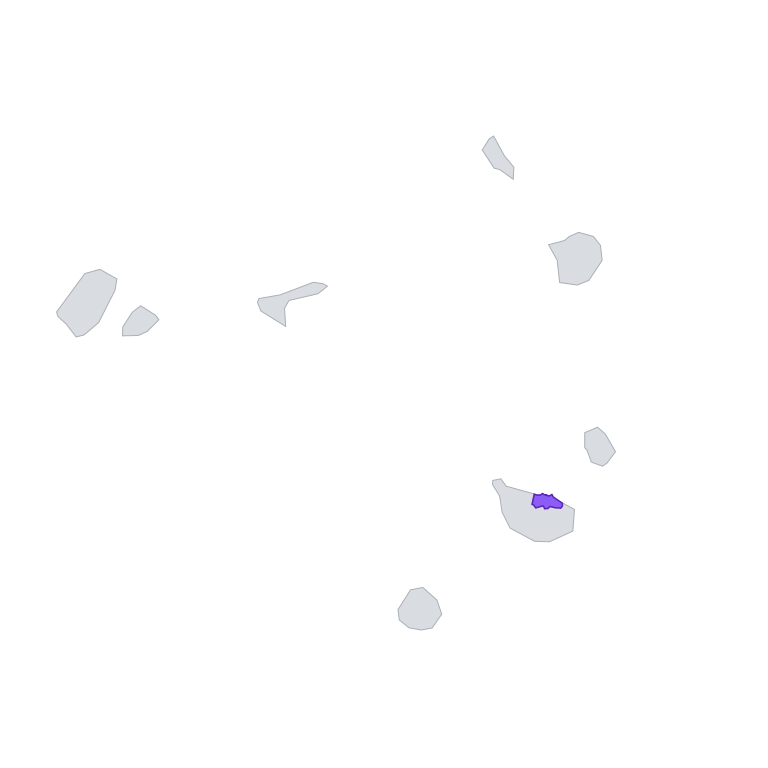 location of Santa Cruz within Cabo Verde, rotated 332°
{"feature_id": "CPV-5048", "entity_name": "Santa Cruz", "entity_type": "state/province", "adm_level": 1, "iso_a3": "CPV", "parent_name": "Cabo Verde", "parent_adm1": "", "projection": "mercator", "projection_center": [-23.551, 15.108], "detail": "fine", "context": "in_parent", "style": "filled", "palette": "violet", "viewbox_px": 768, "rotation_deg": 332, "n_neighbors": 0, "source": "natural_earth", "source_scale": "10m", "svg_char_len": 1692}
<svg xmlns="http://www.w3.org/2000/svg" viewBox="0 0 768 768"><g transform="rotate(332 384 384)"><path d="M493.3,584.2L481.7,602.5L456.1,601.0L443.0,593.5L427.7,570.5L428.1,552.7L433.5,537.2L432.6,523.8L434.8,520.2L442.7,522.6L443.9,531.6L467.2,553.7L475.8,558.0L493.3,584.2ZM160.9,195.8L142.2,199.9L134.2,197.9L131.6,181.9L127.8,171.4L128.7,166.7L171.8,146.0L187.0,149.4L197.5,165.9L190.3,175.1L160.9,195.8ZM594.7,338.3L610.8,342.0L616.9,340.7L627.1,341.5L638.1,352.0L640.2,363.2L634.7,377.2L613.5,388.7L601.2,387.4L586.7,376.9L595.0,356.1L594.7,338.3ZM326.9,614.4L311.9,622.0L301.4,618.7L291.5,610.9L286.7,599.5L290.5,589.7L310.8,578.2L322.8,581.9L329.3,599.8L326.9,614.4ZM369.4,261.0L377.3,266.9L380.0,271.1L368.1,273.3L339.4,265.6L331.8,270.3L324.2,287.0L309.6,261.8L310.6,252.5L313.7,249.8L334.0,256.5L369.4,261.0ZM543.8,558.5L538.4,559.2L530.4,550.3L532.2,537.8L531.3,534.5L538.4,521.2L552.3,522.4L555.9,532.2L556.6,552.5L543.8,558.5ZM215.4,221.6L199.6,226.4L189.8,225.8L175.7,218.7L180.1,211.0L195.4,202.5L205.9,200.7L214.5,215.9L215.4,221.6ZM600.4,253.6L594.2,263.9L586.7,248.8L582.6,245.2L580.6,223.5L591.8,217.0L597.2,216.5L597.4,238.9L600.4,253.6Z" fill="#d9dde1" stroke="#a8b0b8" stroke-width="1"/><path d="M464.9,551.8L466.3,553.4L469.6,555.5L472.5,555.1L473.1,556.0L473.4,556.7L473.9,557.2L475.0,557.8L474.7,558.1L475.9,559.3L477.3,560.4L477.6,560.4L478.2,560.5L479.9,560.3L480.4,560.4L480.5,561.0L480.3,562.6L480.4,563.2L485.5,573.0L484.3,575.5L481.7,576.6L479.8,575.3L477.5,574.0L473.0,570.1L470.2,570.9L467.2,569.5L467.5,568.2L467.0,566.2L461.9,565.1L459.8,564.7L459.3,561.2L458.2,559.6L459.3,558.5L464.9,551.8Z" fill="#8b5cf6" stroke="#5b21b6" stroke-width="1.5"/></g></svg>